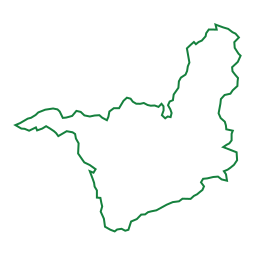 Salto do Itararé, Paraná, Brazil
{"feature_id": "56859067B10187530268623", "entity_name": "Salto do Itararé", "entity_type": "district", "adm_level": 2, "iso_a3": "BRA", "parent_name": "Brazil", "parent_adm1": "Paraná", "projection": "orthographic", "projection_center": [-49.691, -23.621], "detail": "fine", "context": "isolated", "style": "outline", "palette": "green", "viewbox_px": 256, "rotation_deg": 0, "n_neighbors": 0, "source": "geoboundaries", "source_scale": "gbopen_adm2", "svg_char_len": 2113}
<svg xmlns="http://www.w3.org/2000/svg" viewBox="0 0 256 256"><path d="M215.5,24.6L216.7,29.6L208.8,29.5L206.2,33.2L205.6,36.3L201.8,40.6L198.6,42.0L195.9,44.2L193.9,42.0L190.6,44.9L186.9,48.4L189.4,62.6L187.8,66.4L187.1,71.0L185.5,74.6L180.9,77.6L178.9,81.3L178.4,87.8L173.7,94.5L172.9,100.2L169.7,101.5L168.0,105.2L170.3,109.3L171.6,113.0L170.6,117.1L167.7,116.5L165.2,118.3L161.9,115.2L163.6,110.4L163.5,106.3L161.5,103.8L158.5,106.9L154.7,105.5L150.7,105.7L147.6,105.0L143.8,103.0L140.3,103.8L136.2,103.7L132.8,101.7L130.6,98.7L126.9,97.7L123.5,100.8L120.8,105.3L119.1,108.2L113.8,108.2L109.4,111.5L108.4,116.8L106.9,120.2L102.2,117.7L99.4,115.2L94.7,115.5L89.8,116.5L84.4,115.4L80.7,111.9L76.4,110.9L72.2,115.9L69.1,116.8L66.0,117.6L62.8,117.9L59.7,111.5L57.5,109.4L53.1,108.5L45.2,109.7L38.3,112.4L35.6,115.0L31.0,117.8L27.8,118.6L20.1,123.1L15.4,125.1L21.4,128.6L24.6,128.8L29.1,130.7L35.9,127.4L37.1,130.4L42.2,128.6L46.1,126.2L49.8,128.4L54.0,131.2L56.1,133.1L58.3,136.1L66.7,131.2L72.6,132.3L75.1,134.0L75.9,138.5L78.6,143.3L78.1,153.5L82.3,159.6L84.3,162.4L89.7,165.0L95.6,169.2L93.5,172.7L89.8,171.2L92.6,178.6L94.1,182.9L94.6,186.6L96.9,190.4L96.9,197.6L100.4,197.9L101.3,202.7L102.2,206.4L100.7,211.6L103.9,218.7L105.0,226.7L110.3,229.7L114.7,231.4L117.1,229.5L121.6,228.8L125.2,230.7L128.4,229.8L131.1,221.5L136.8,219.1L141.2,214.6L145.1,214.4L148.0,212.2L151.0,211.4L156.4,210.3L166.7,204.7L172.8,202.1L179.0,201.3L182.5,198.7L190.6,198.9L193.9,195.9L197.1,194.3L199.6,192.2L202.4,190.0L204.0,186.4L201.0,182.3L203.1,178.8L207.2,178.4L213.2,177.0L218.0,176.6L221.6,179.4L227.0,180.7L226.0,174.3L223.9,171.2L227.6,169.7L230.3,167.8L234.0,164.8L237.1,160.2L236.6,152.3L223.2,147.1L226.6,144.8L229.3,143.4L231.6,140.4L231.6,133.8L232.8,130.7L226.3,129.3L225.9,125.4L224.8,121.7L220.7,118.1L218.6,113.3L220.4,103.7L220.9,99.1L224.6,95.0L230.4,93.7L232.7,90.3L237.4,86.0L237.6,81.4L238.0,78.0L235.3,74.9L232.5,71.3L232.1,67.2L237.8,61.9L240.6,55.7L238.5,53.7L234.7,47.8L234.3,42.2L238.9,37.5L235.5,33.6L232.5,32.2L228.2,28.9L223.2,27.4L215.5,24.6Z" fill="none" stroke="#15803d" stroke-width="2"/></svg>